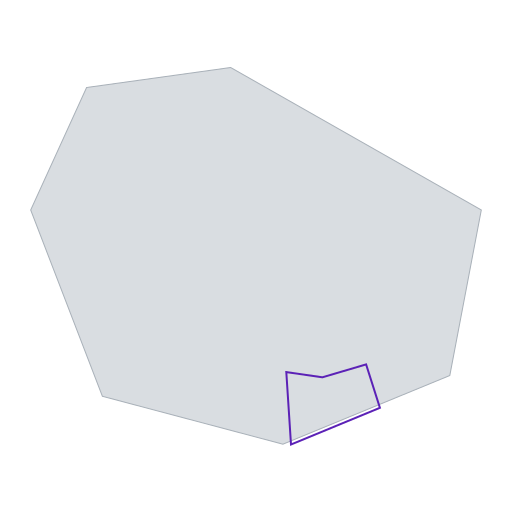 Nauru, with Aiwo highlighted, rotated 270°
{"feature_id": "NRU-4972", "entity_name": "Aiwo", "entity_type": "state/province", "adm_level": 1, "iso_a3": "NRU", "parent_name": "Nauru", "parent_adm1": "", "projection": "orthographic", "projection_center": [166.914, -0.531], "detail": "fine", "context": "in_parent", "style": "outline", "palette": "violet", "viewbox_px": 512, "rotation_deg": 270, "n_neighbors": 0, "source": "natural_earth", "source_scale": "10m", "svg_char_len": 392}
<svg xmlns="http://www.w3.org/2000/svg" viewBox="0 0 512 512"><g transform="rotate(270 256 256)"><path d="M444.5,230.6L302.0,481.3L136.5,449.8L67.8,282.9L115.7,102.4L302.0,30.7L424.5,86.6L444.5,230.6Z" fill="#d9dde1" stroke="#a8b0b8" stroke-width="1"/><path d="M104.2,379.9L67.5,291.0L139.9,286.3L134.7,322.4L147.6,366.1L104.2,379.9Z" fill="none" stroke="#5b21b6" stroke-width="2"/></g></svg>